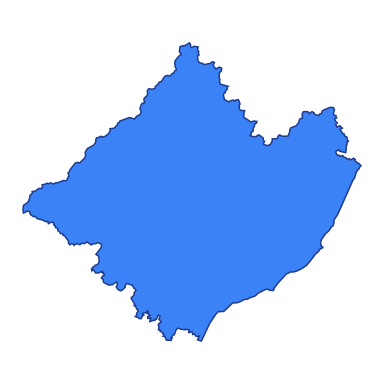 the district of Hurunui District, Canterbury, New Zealand
{"feature_id": "76426892B32484543258144", "entity_name": "Hurunui District", "entity_type": "district", "adm_level": 2, "iso_a3": "NZL", "parent_name": "New Zealand", "parent_adm1": "Canterbury", "projection": "robinson", "projection_center": [172.736, -42.667], "detail": "fine", "context": "isolated", "style": "filled", "palette": "blue", "viewbox_px": 384, "rotation_deg": 0, "n_neighbors": 0, "source": "geoboundaries", "source_scale": "gbopen_adm2", "svg_char_len": 5950}
<svg xmlns="http://www.w3.org/2000/svg" viewBox="0 0 384 384"><path d="M147.3,90.5L147.6,93.7L146.8,96.0L144.5,97.8L143.8,99.3L144.4,101.0L144.1,101.9L144.7,102.4L143.6,103.5L142.2,103.3L141.1,104.8L139.9,108.9L141.3,111.7L140.0,114.6L137.0,116.0L134.4,119.0L129.5,117.5L119.9,121.0L119.3,122.4L117.8,123.1L117.1,125.3L116.0,125.9L115.2,127.4L113.7,128.2L110.0,128.7L110.2,130.5L108.6,133.6L105.6,136.0L102.8,137.3L102.0,136.5L101.1,136.9L100.6,136.3L97.7,137.8L96.6,137.7L95.7,140.0L95.8,141.8L94.8,143.6L93.3,145.4L88.2,148.0L86.4,149.9L85.2,152.4L85.6,155.7L84.7,158.0L80.0,162.5L78.7,163.0L77.5,162.3L75.2,163.1L70.1,169.6L69.8,171.0L68.0,172.9L68.9,176.2L67.9,177.3L67.0,180.1L65.4,180.8L63.3,180.5L57.4,182.9L56.0,182.6L53.4,184.1L50.7,182.8L49.1,183.6L46.8,183.2L45.3,184.2L42.2,184.7L42.4,186.3L41.7,188.4L38.8,188.4L35.5,191.0L32.1,191.6L32.5,193.0L29.9,195.6L29.9,197.3L28.4,201.5L26.8,203.2L23.6,205.2L23.0,208.9L23.2,212.3L23.5,213.1L28.3,210.8L29.8,212.1L29.8,213.5L30.9,214.9L33.5,216.7L35.3,216.4L37.1,218.6L42.2,219.9L45.9,221.7L47.8,221.4L48.4,223.7L50.3,222.6L53.1,222.2L53.8,223.2L53.6,224.8L55.2,225.7L55.4,227.6L57.4,228.0L57.9,230.8L59.1,231.4L60.5,233.6L62.6,233.6L63.1,235.4L64.9,235.6L65.4,237.1L68.6,241.2L68.4,243.0L69.7,244.8L70.8,244.0L72.6,243.9L73.7,244.4L74.1,245.4L74.7,244.5L76.9,243.7L79.8,244.7L82.0,243.2L84.6,243.6L87.1,241.9L91.3,245.0L92.7,243.9L95.9,243.6L97.6,242.5L101.4,244.3L101.6,246.1L100.6,248.3L95.9,254.4L98.6,256.1L99.3,261.3L98.2,263.7L96.5,265.0L94.9,265.3L94.3,266.4L92.7,267.2L92.1,268.4L92.6,269.1L91.4,269.2L91.9,270.7L92.3,269.9L92.9,269.9L94.4,271.1L95.5,272.9L96.1,273.0L98.5,272.9L102.2,271.5L102.0,273.0L102.5,272.2L102.8,273.1L103.4,272.7L104.3,275.4L102.2,276.4L101.4,278.2L103.1,279.3L103.4,282.0L104.0,282.6L108.6,285.1L112.7,284.6L115.1,282.7L116.9,282.1L117.5,284.8L116.4,286.3L116.3,287.2L118.0,289.6L120.5,290.8L121.8,290.4L125.2,287.3L125.1,285.8L126.9,283.4L132.3,285.3L133.9,288.2L134.8,288.4L136.0,290.1L134.0,293.2L134.1,294.5L133.6,295.7L131.2,297.6L131.3,298.7L134.4,303.7L134.2,305.8L135.5,305.4L135.6,306.6L137.0,309.5L138.0,309.8L138.3,310.8L136.7,313.3L136.2,316.0L135.4,316.5L138.2,317.6L139.2,318.6L141.3,318.6L142.2,316.3L143.9,315.1L142.3,314.1L143.1,313.1L146.2,312.7L147.3,310.8L148.2,311.7L146.9,313.1L147.1,313.6L148.6,313.5L148.6,314.2L150.3,315.2L150.1,315.8L147.7,316.4L147.7,318.3L151.1,318.4L150.1,319.8L149.8,321.6L153.0,320.4L154.9,320.4L155.1,319.7L156.4,319.1L156.1,318.7L157.4,317.4L157.9,315.4L159.9,315.6L160.1,316.5L158.9,319.2L161.2,322.0L158.6,323.8L158.3,325.4L159.0,327.4L158.7,328.1L159.0,329.0L158.4,329.7L160.4,330.4L160.1,331.2L162.6,332.6L162.8,333.9L163.6,334.4L163.8,335.5L163.1,336.2L164.5,336.4L165.9,338.6L166.2,340.1L171.1,340.4L171.7,338.5L171.1,337.9L172.0,337.8L171.5,337.0L173.5,334.6L174.3,334.8L176.2,329.6L178.2,328.0L180.7,329.2L185.4,329.8L185.6,329.2L189.2,329.9L188.6,332.2L189.0,332.7L192.0,331.6L192.8,334.5L194.4,333.8L195.7,336.0L197.3,336.6L199.3,336.0L197.6,339.8L201.4,341.1L209.8,323.2L216.0,314.0L218.0,311.8L223.8,311.4L232.8,302.8L235.5,303.0L238.0,302.5L241.3,301.2L243.5,299.7L247.6,299.1L249.6,297.9L254.9,296.1L258.5,293.0L265.3,289.5L268.0,289.2L269.3,290.1L272.9,290.6L273.8,289.9L273.8,288.8L277.5,283.6L286.4,273.9L291.2,271.8L293.5,272.0L297.1,270.9L302.2,268.4L307.1,264.9L307.0,264.5L309.0,262.6L315.5,254.1L318.8,251.2L319.5,249.6L322.7,247.7L322.7,246.7L321.7,246.5L320.8,245.1L321.0,244.3L320.5,243.3L321.5,239.5L325.6,233.6L328.8,230.9L331.6,226.6L333.1,225.8L334.1,222.4L333.7,221.4L334.6,219.1L337.8,214.3L353.0,180.0L354.4,178.3L356.2,172.5L357.7,170.0L358.6,169.4L359.8,166.9L361.0,165.8L358.7,163.2L357.3,163.1L356.6,161.9L355.0,160.8L354.6,160.2L355.2,159.4L353.5,158.2L351.9,159.5L352.2,159.8L351.6,159.4L350.1,159.9L349.6,158.8L347.2,159.0L346.0,157.8L343.2,156.7L342.9,155.6L340.8,156.1L339.8,156.0L339.4,155.3L337.3,155.3L335.8,152.6L336.0,151.3L338.8,149.7L339.6,151.2L345.7,152.7L346.4,148.0L346.1,146.0L346.8,145.3L347.2,141.8L348.4,141.2L347.2,139.5L347.0,137.2L344.5,135.8L344.2,134.1L342.7,133.3L340.0,129.6L342.4,128.1L341.0,127.3L340.5,126.0L338.8,126.0L337.1,127.1L335.5,124.4L336.9,123.5L337.2,122.7L336.6,122.6L334.4,119.1L336.7,117.9L335.9,116.9L336.1,115.8L334.2,115.2L333.3,113.6L334.5,109.8L333.5,107.5L329.9,107.4L323.3,110.2L322.2,111.0L321.6,113.4L319.7,114.0L318.6,115.5L315.4,114.7L314.4,114.0L314.2,113.0L312.4,111.8L311.2,112.0L309.2,113.7L308.1,111.9L305.7,111.5L303.3,111.8L302.1,114.0L302.5,118.0L300.1,118.8L299.2,120.2L298.8,122.5L296.1,125.8L290.7,127.9L289.8,129.7L289.9,131.0L288.1,136.0L282.5,136.3L279.7,135.0L278.5,135.4L277.3,138.2L276.3,138.8L272.2,138.8L272.3,140.7L270.8,143.9L267.9,145.7L263.8,144.6L263.6,143.3L264.5,141.4L263.2,139.9L263.3,138.1L259.4,135.1L257.9,135.0L256.2,136.6L252.6,136.5L250.0,135.7L251.1,134.4L251.4,131.8L252.8,131.7L253.5,129.6L253.1,128.1L254.2,126.7L254.9,124.0L256.6,123.0L256.9,121.4L253.8,121.0L251.0,122.0L244.1,117.4L243.4,116.2L244.0,114.9L244.0,112.7L244.6,110.6L240.6,110.4L239.5,109.2L239.2,105.0L240.1,104.1L238.4,99.6L236.1,99.9L234.6,101.2L233.2,100.0L229.9,101.0L229.1,102.0L224.4,99.5L223.4,94.7L223.9,93.4L225.2,92.8L225.6,91.1L226.9,89.7L227.4,88.6L227.3,86.4L227.8,86.2L220.1,84.1L219.6,80.6L219.9,79.3L219.2,77.8L219.3,73.9L219.8,72.3L221.1,71.4L221.7,69.2L221.3,67.7L218.9,67.2L216.0,69.0L213.7,66.4L213.5,64.3L214.4,62.6L213.2,61.8L211.6,62.1L210.7,63.3L204.0,64.6L202.7,63.4L199.7,62.8L198.1,61.1L197.6,58.6L197.7,55.9L199.1,54.9L198.3,53.1L198.8,51.7L197.5,49.8L198.1,46.9L194.0,46.3L191.7,47.7L190.8,47.1L190.4,44.0L189.5,42.9L185.2,45.4L180.8,46.2L180.0,46.8L179.3,51.6L181.3,54.3L178.6,56.3L175.1,60.9L174.7,63.8L175.2,65.0L175.1,66.6L176.3,68.9L175.9,70.4L174.7,70.9L173.9,72.7L172.0,73.7L170.4,75.7L169.2,76.0L168.1,75.4L166.3,75.6L164.6,76.5L161.2,81.6L158.9,82.3L158.1,84.1L155.4,86.4L155.0,88.2L152.3,89.3L148.9,88.7L147.3,90.5Z" fill="#3b82f6" stroke="#1e3a8a" stroke-width="1.5"/></svg>